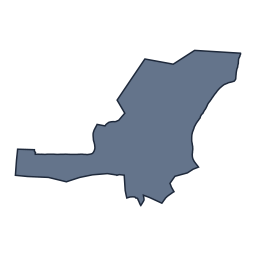 Beane Field, Vieux Fort, Saint Lucia (orthographic projection)
{"feature_id": "8701671B19465815393412", "entity_name": "Beane Field", "entity_type": "district", "adm_level": 2, "iso_a3": "LCA", "parent_name": "Saint Lucia", "parent_adm1": "Vieux Fort", "projection": "orthographic", "projection_center": [-60.946, 13.74], "detail": "fine", "context": "isolated", "style": "filled", "palette": "slate", "viewbox_px": 256, "rotation_deg": 0, "n_neighbors": 0, "source": "geoboundaries", "source_scale": "gbopen_adm2", "svg_char_len": 4970}
<svg xmlns="http://www.w3.org/2000/svg" viewBox="0 0 256 256"><path d="M117.1,175.2L117.5,175.1L119.2,174.6L122.1,174.9L124.2,175.2L125.2,190.5L126.0,194.5L126.8,198.0L130.0,197.0L131.4,196.9L131.6,196.9L132.5,196.8L133.9,196.9L134.5,196.9L134.8,197.0L135.0,197.1L135.2,197.3L135.3,197.4L135.4,197.5L135.6,197.9L135.9,198.0L136.1,198.1L136.4,198.1L136.6,198.0L136.8,198.0L137.0,198.1L137.4,198.4L137.7,198.7L137.7,198.8L137.9,199.1L137.9,199.3L138.0,199.4L138.0,199.6L138.1,199.8L138.2,200.1L138.6,200.9L138.8,201.2L138.9,201.5L139.0,201.7L139.1,201.9L139.2,202.2L139.3,202.3L139.3,202.5L139.4,202.8L139.6,203.2L139.7,203.4L139.7,203.5L139.9,203.9L140.1,204.3L140.4,204.9L140.5,205.1L140.8,205.5L141.1,205.0L141.5,204.4L142.0,203.6L142.8,202.3L143.6,200.9L143.7,200.7L144.0,200.0L144.0,199.5L144.0,199.4L144.0,199.1L143.9,198.4L143.8,197.8L143.7,197.1L143.6,196.7L143.4,195.2L149.3,197.4L161.9,203.2L162.0,203.1L162.2,202.7L163.2,201.4L163.5,200.9L163.9,200.4L164.2,199.9L164.7,199.3L164.9,199.0L165.1,198.8L165.3,198.3L165.5,198.1L166.2,197.4L166.6,197.1L166.8,196.8L167.3,196.3L167.9,195.9L169.0,195.1L169.2,194.9L170.1,194.3L170.7,193.9L171.4,193.4L171.8,193.1L172.4,192.7L172.8,192.4L173.4,192.0L173.6,191.9L174.0,191.7L171.4,187.1L171.2,186.6L171.0,186.0L170.4,184.4L169.9,183.4L170.9,182.0L174.9,176.3L187.4,172.9L193.1,169.2L198.5,167.1L197.6,165.9L197.2,165.4L195.8,163.6L194.3,161.6L194.1,161.3L193.8,160.7L193.6,160.2L193.2,159.6L192.9,158.8L192.6,157.9L192.4,156.8L192.3,155.8L192.3,155.2L192.2,154.5L192.3,154.2L192.4,152.9L192.5,152.6L192.5,151.8L192.6,150.7L192.7,150.3L192.7,149.2L192.8,149.1L192.7,147.6L192.7,146.6L192.4,145.1L192.3,144.6L192.3,144.1L192.1,143.2L192.0,142.7L191.9,141.9L191.7,141.4L191.7,141.1L191.7,140.0L191.7,139.0L191.7,137.9L191.7,137.7L191.8,135.5L192.0,134.2L192.1,133.8L192.6,131.7L193.1,130.6L193.2,130.2L193.4,129.6L193.7,129.0L194.3,127.0L194.3,126.8L194.8,126.0L195.0,125.7L195.3,125.0L195.5,124.7L195.7,124.3L196.1,123.5L196.8,122.5L197.7,121.1L197.8,121.0L198.3,120.5L198.7,119.8L199.3,118.9L199.6,118.5L199.8,118.4L200.0,118.1L200.2,117.6L200.4,116.7L200.7,115.9L200.8,115.8L201.1,115.3L201.3,114.9L201.7,114.4L202.5,113.6L202.7,113.3L202.8,113.3L202.8,113.2L203.3,112.4L203.4,112.2L204.5,110.2L205.3,109.2L205.9,108.1L206.1,107.8L206.5,106.9L207.0,105.9L207.2,105.4L207.6,104.4L207.9,103.9L208.4,103.1L208.8,102.5L209.3,101.9L209.8,101.3L210.1,100.9L210.9,99.7L211.5,98.9L212.0,98.0L212.2,97.8L213.0,96.7L213.6,95.8L213.8,95.5L214.0,95.2L214.3,94.8L214.8,94.1L215.6,93.2L216.1,92.5L216.3,92.3L216.7,91.7L217.1,91.1L217.4,90.8L217.9,90.2L218.2,89.8L218.9,89.1L219.4,88.5L219.8,88.1L220.3,87.7L221.5,86.6L222.0,86.2L222.6,85.7L223.4,85.1L223.7,84.9L223.8,84.8L224.4,84.4L224.8,84.3L225.3,84.1L225.9,83.8L226.5,83.6L227.0,83.4L227.5,83.2L227.8,83.0L228.1,82.9L228.4,82.7L229.3,82.5L229.6,82.4L230.7,82.2L231.8,81.9L233.1,81.5L234.0,81.2L234.3,81.1L234.6,80.7L235.0,80.2L235.3,79.7L235.6,79.3L235.7,78.8L235.8,78.2L235.8,77.9L235.8,77.5L235.9,76.4L236.0,75.2L236.1,74.3L236.2,72.8L236.3,72.3L236.4,71.5L236.6,70.5L236.7,69.8L237.0,68.7L237.2,68.1L237.4,67.8L237.6,67.3L237.8,65.5L238.0,64.6L238.1,64.2L238.3,63.7L238.4,61.3L238.5,60.3L238.5,59.7L238.7,58.9L239.0,57.8L239.2,57.7L239.4,57.3L239.5,56.9L239.8,56.5L239.9,55.5L240.2,55.0L240.5,54.3L240.6,53.7L240.5,53.2L240.4,53.2L194.6,50.4L178.9,60.5L173.2,64.2L169.6,63.5L144.9,59.0L117.1,100.1L124.8,113.2L123.5,114.7L123.1,115.2L122.2,116.2L120.7,118.0L119.5,119.4L118.7,120.3L118.0,120.6L117.4,120.8L116.1,121.5L114.6,121.7L113.2,121.6L112.1,121.7L111.2,121.8L110.1,122.0L108.9,122.3L107.3,123.4L106.0,124.5L105.0,125.9L97.1,124.4L96.2,126.2L95.6,127.3L95.2,128.0L95.0,128.5L94.6,129.2L94.4,129.6L94.1,130.2L93.8,131.1L93.4,132.3L93.2,133.2L93.1,133.8L93.1,134.5L93.1,134.8L93.1,135.6L93.1,136.1L93.2,136.7L93.2,137.2L93.3,138.1L93.4,139.9L93.6,140.8L93.8,141.4L94.0,142.1L94.2,142.7L94.3,143.3L94.5,144.0L94.6,144.6L94.7,145.2L94.7,145.7L94.8,146.4L94.9,146.9L94.9,147.5L94.9,148.1L94.8,148.7L94.8,148.9L94.7,149.3L94.5,149.9L94.3,150.5L94.2,150.9L93.9,151.4L93.6,151.9L93.3,152.4L93.1,152.7L92.8,153.0L92.3,153.5L91.3,153.9L90.5,154.1L89.3,154.3L87.9,154.5L87.3,154.6L86.1,154.5L85.5,154.4L84.6,154.4L83.8,154.4L83.1,154.3L82.3,154.2L81.7,154.2L80.6,154.2L79.6,154.3L78.5,154.3L77.3,154.4L76.4,154.4L75.2,154.4L74.1,154.4L73.0,154.4L72.3,154.4L71.4,154.4L70.4,154.4L67.7,154.3L65.2,154.2L63.9,154.3L63.2,154.3L60.2,154.3L58.2,154.4L56.6,154.4L55.0,154.3L53.6,154.2L52.1,154.2L50.4,154.2L48.9,154.2L47.7,154.2L46.4,154.3L46.2,154.3L45.4,154.4L44.4,154.4L43.1,154.3L42.8,154.3L41.8,154.3L41.4,154.2L40.8,154.3L37.6,154.2L35.3,154.3L35.2,153.5L35.3,152.9L35.5,152.6L35.4,152.3L35.1,152.0L34.8,151.8L34.5,151.5L34.4,149.7L17.6,149.2L17.3,152.6L16.5,160.1L15.6,172.6L15.4,175.3L27.6,176.5L34.6,176.8L48.4,177.4L60.7,180.4L66.4,181.8L68.7,181.0L79.8,177.4L92.6,174.8L107.4,173.6L113.4,174.5L117.1,175.1L117.1,175.2Z" fill="#64748b" stroke="#1e293b" stroke-width="1.5"/></svg>